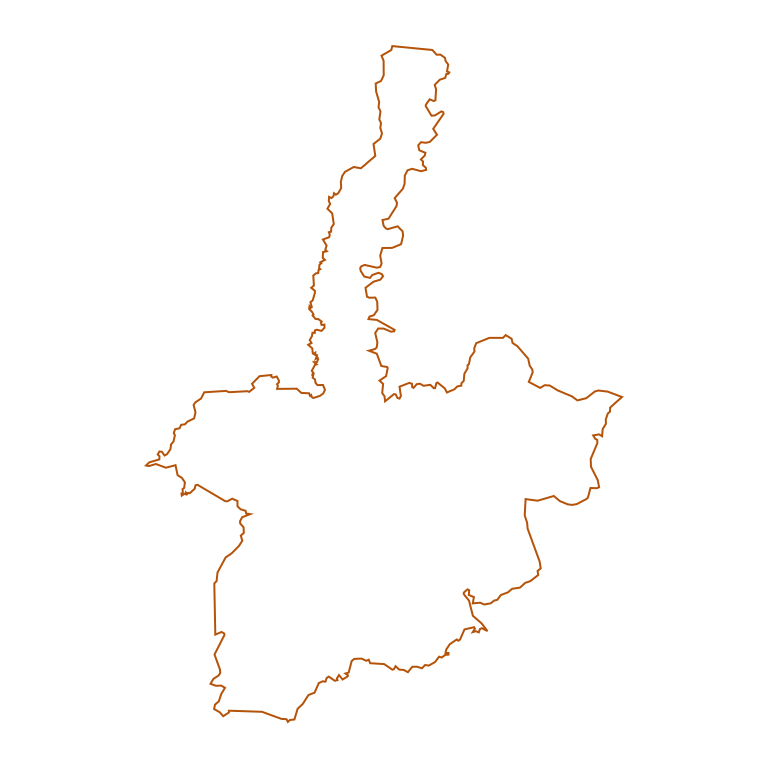 outline of Ventanas, Los Rios, Ecuador
{"feature_id": "8360857B83829792617197", "entity_name": "Ventanas", "entity_type": "district", "adm_level": 2, "iso_a3": "ECU", "parent_name": "Ecuador", "parent_adm1": "Los Rios", "projection": "orthographic", "projection_center": [-79.44, -1.323], "detail": "fine", "context": "isolated", "style": "outline", "palette": "amber", "viewbox_px": 768, "rotation_deg": 0, "n_neighbors": 0, "source": "geoboundaries", "source_scale": "gbopen_adm2", "svg_char_len": 6104}
<svg xmlns="http://www.w3.org/2000/svg" viewBox="0 0 768 768"><path d="M602.1,436.2L602.7,429.0L605.9,423.9L605.8,419.4L607.8,413.5L610.0,411.6L610.1,407.6L622.0,397.0L607.6,391.6L598.3,390.5L594.8,391.5L586.3,398.2L577.4,400.4L572.0,396.4L557.7,390.4L549.7,385.5L544.7,385.2L540.2,387.9L528.8,381.9L532.7,372.3L532.3,369.5L529.7,365.7L528.2,358.7L517.4,346.2L512.6,343.0L511.6,338.7L505.6,335.1L503.0,337.9L489.3,337.9L476.2,343.2L474.2,348.4L474.5,351.5L470.3,357.3L468.9,364.2L467.5,365.3L467.6,368.3L464.4,373.7L463.7,381.0L461.4,383.3L461.3,385.7L457.3,386.4L454.4,389.3L446.9,392.5L444.8,388.4L437.5,382.5L436.4,383.0L435.1,388.1L433.7,388.1L430.3,384.8L423.6,385.8L419.9,383.7L416.7,384.2L413.5,387.9L412.2,387.1L412.0,383.8L409.3,382.9L399.5,386.7L400.9,396.1L399.5,398.6L397.5,398.0L395.7,394.4L394.0,394.1L385.1,401.3L384.5,396.3L382.2,393.0L383.1,383.9L379.5,380.6L386.1,376.1L387.7,368.0L387.1,367.0L381.3,366.0L376.8,353.7L368.9,350.7L375.1,349.0L376.7,347.4L377.4,342.4L375.2,333.0L378.2,328.5L383.7,328.6L391.0,331.7L394.1,331.3L394.6,329.9L376.8,319.9L368.5,319.1L369.5,316.6L373.8,315.2L377.5,309.9L377.2,301.6L375.3,297.6L369.1,297.7L367.0,296.6L365.5,287.8L373.5,281.7L380.3,279.7L383.1,276.2L381.7,274.0L378.5,272.8L372.3,275.0L370.0,277.9L364.2,276.5L360.6,270.7L360.2,268.1L361.1,266.5L364.6,264.9L376.9,267.7L380.1,267.0L381.6,263.7L380.2,255.6L382.4,248.0L392.1,247.9L401.1,244.2L403.1,235.6L402.6,231.3L397.6,226.3L387.7,229.2L385.9,228.4L383.6,225.8L382.5,220.0L388.5,218.7L396.5,206.1L397.0,202.8L394.7,198.1L402.9,188.7L404.6,183.7L404.8,175.6L407.5,170.3L412.1,168.8L421.0,171.2L426.1,169.9L425.9,167.8L422.9,165.1L423.0,161.5L420.9,159.4L424.8,155.5L425.4,152.8L419.3,150.3L418.2,145.4L421.0,142.2L425.9,142.8L429.8,141.9L437.0,134.7L433.2,128.9L443.6,113.8L443.2,112.1L441.4,111.4L435.0,115.4L431.5,115.7L425.7,106.1L425.9,104.7L429.7,99.3L433.6,101.0L435.4,100.3L436.1,89.3L434.7,84.9L439.8,79.7L445.2,77.9L446.3,74.1L448.4,73.8L449.3,72.4L447.0,71.5L448.2,64.6L445.5,60.8L445.0,57.9L440.6,54.7L436.6,54.7L432.4,50.0L392.3,46.1L391.3,50.0L381.5,55.7L383.6,60.8L383.7,75.3L381.0,81.0L375.7,83.5L376.1,91.4L379.2,102.1L378.5,107.2L380.5,111.4L379.3,119.4L381.0,123.1L380.3,127.9L382.0,133.3L380.3,138.7L373.5,144.0L375.3,155.9L360.9,168.3L353.7,167.0L344.9,171.9L342.2,176.1L340.8,181.9L341.2,188.0L338.3,193.2L335.9,194.7L334.0,193.2L333.4,196.3L331.3,198.1L329.1,196.9L328.8,201.1L330.2,203.9L327.4,208.7L332.2,213.4L333.8,224.1L331.3,227.7L331.1,231.7L328.9,232.2L329.8,234.8L329.2,237.2L322.9,239.5L326.6,245.6L325.3,249.8L326.8,251.2L323.0,252.1L322.8,258.0L324.9,259.9L320.3,262.3L321.3,263.2L319.5,264.7L319.1,268.3L320.2,269.1L318.6,269.9L318.2,273.1L316.0,273.3L313.3,275.5L313.9,285.5L311.2,287.8L314.9,290.8L314.9,292.9L312.7,300.4L310.4,302.2L311.8,307.1L310.6,308.0L309.5,306.4L309.1,308.9L312.1,312.0L313.5,314.6L312.6,315.5L315.5,318.9L318.5,319.2L321.7,321.6L320.9,322.7L321.6,325.0L324.4,324.6L324.5,327.7L321.5,330.9L316.7,329.7L314.8,330.5L314.8,332.9L312.5,332.7L311.9,336.3L309.7,340.0L311.5,343.0L308.2,344.8L312.3,348.4L312.8,353.4L313.7,354.0L315.3,352.7L315.3,355.0L317.0,355.2L315.8,358.8L317.6,357.7L318.2,359.2L316.9,362.1L314.2,362.2L316.6,364.4L315.0,364.8L311.8,370.8L313.1,372.6L312.5,374.3L313.5,374.0L312.6,377.6L315.0,379.5L315.5,382.8L317.4,385.1L323.0,385.0L325.0,389.9L323.2,393.5L319.9,395.9L313.3,398.0L311.7,397.0L311.2,395.0L310.0,395.8L309.1,393.3L301.3,392.9L296.7,388.7L277.1,388.9L277.9,385.6L277.0,384.2L279.0,382.2L278.8,380.3L276.7,376.5L272.9,377.6L271.3,376.6L271.4,375.0L259.5,376.2L252.0,383.8L254.3,387.8L249.1,391.9L247.5,391.2L229.0,392.2L226.1,390.9L204.2,392.3L201.1,398.5L195.3,402.4L193.6,405.0L195.5,412.4L194.1,418.4L187.5,421.6L185.0,424.3L181.2,424.8L179.5,428.3L175.1,429.2L173.8,433.0L174.9,435.3L173.5,441.5L171.0,444.5L170.5,449.1L167.0,454.2L164.5,455.5L162.0,451.8L159.4,451.5L157.7,454.5L159.5,456.2L159.3,459.4L149.2,462.4L146.0,465.5L148.8,466.1L155.9,464.0L165.8,467.7L175.5,465.2L177.6,475.2L181.9,477.9L184.9,482.3L184.2,487.9L182.6,489.0L182.8,493.2L181.5,493.5L181.8,495.6L184.5,493.7L185.8,494.3L186.0,492.6L187.2,494.0L188.0,492.9L189.8,493.2L194.7,488.7L195.5,485.3L197.5,484.8L225.3,501.2L227.3,501.3L232.2,498.7L237.5,501.0L237.5,506.2L240.6,509.3L245.6,510.8L246.2,513.5L250.2,514.1L242.1,517.3L240.0,521.3L240.2,523.5L243.6,527.4L243.8,532.9L240.8,535.5L242.3,540.8L239.0,545.9L231.7,553.3L225.6,557.5L217.5,572.5L216.6,581.1L214.3,583.4L215.3,634.6L221.5,632.0L224.1,633.4L224.5,634.9L214.5,654.5L220.0,669.6L220.2,673.1L218.6,675.5L213.4,678.9L210.5,683.8L215.9,685.8L221.1,685.6L225.0,687.8L221.3,693.9L218.8,701.4L215.0,704.6L214.1,709.0L219.8,712.3L223.2,716.2L228.9,712.5L228.9,710.7L262.0,711.8L281.5,718.9L286.5,719.2L287.9,721.9L289.9,720.0L294.4,719.5L297.6,708.8L302.8,703.9L308.4,695.1L314.6,692.6L318.8,683.1L322.6,681.3L325.4,681.7L326.7,677.9L328.8,676.6L334.8,680.8L337.5,680.1L336.9,678.4L339.0,675.1L342.6,679.5L347.7,676.4L347.9,675.2L345.4,673.5L348.7,672.5L351.7,661.0L354.2,658.9L361.5,658.6L366.3,660.8L368.7,659.7L370.2,663.2L384.2,664.1L392.4,669.7L393.8,669.3L395.6,666.2L399.2,669.6L403.7,669.9L407.9,672.2L412.3,666.8L416.9,666.7L422.0,668.3L425.1,665.0L428.8,665.6L435.1,662.0L439.1,656.7L441.8,657.5L445.2,654.9L448.5,654.6L448.5,653.0L445.5,652.9L446.3,649.4L449.8,644.2L456.7,639.5L458.3,640.7L460.0,639.6L464.5,629.4L474.1,627.2L474.9,628.7L472.8,632.1L475.8,631.2L478.8,632.4L479.9,629.1L481.9,628.2L487.5,631.1L481.6,623.4L472.9,615.8L469.0,600.6L463.8,594.2L463.8,592.6L467.4,589.4L469.2,590.2L468.8,595.0L473.9,597.0L472.8,603.4L480.2,602.7L484.2,604.5L490.8,603.3L494.1,600.6L497.3,599.8L500.9,595.0L508.0,592.3L512.1,588.8L520.0,587.6L525.3,582.8L530.2,581.2L538.2,575.0L537.6,570.9L540.7,568.4L539.7,561.7L527.6,528.6L527.1,522.7L524.7,515.4L525.6,499.1L537.6,500.7L553.8,496.0L559.9,501.1L567.9,504.4L572.3,504.9L576.8,504.1L586.3,499.1L587.9,497.6L590.5,488.0L596.8,488.2L599.1,487.2L597.7,480.0L591.0,466.8L590.7,459.0L597.4,443.0L597.2,439.9L595.1,438.7L593.2,435.4L599.1,434.4L602.1,436.2Z" fill="none" stroke="#b45309" stroke-width="2"/></svg>